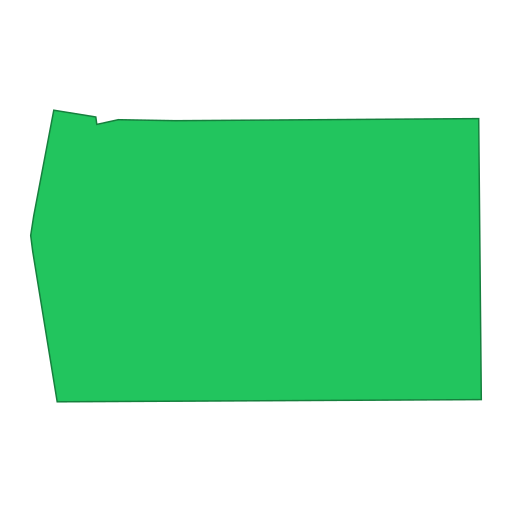 Riyadh, Nouakchott, Mauritania
{"feature_id": "47542326B18524078593640", "entity_name": "Riyadh", "entity_type": "district", "adm_level": 2, "iso_a3": "MRT", "parent_name": "Mauritania", "parent_adm1": "Nouakchott", "projection": "orthographic", "projection_center": [-15.955, 18.004], "detail": "fine", "context": "isolated", "style": "filled", "palette": "green", "viewbox_px": 512, "rotation_deg": 0, "n_neighbors": 0, "source": "geoboundaries", "source_scale": "gbopen_adm2", "svg_char_len": 268}
<svg xmlns="http://www.w3.org/2000/svg" viewBox="0 0 512 512"><path d="M53.8,110.2L33.7,216.0L30.7,235.5L32.7,251.3L57.2,401.8L481.3,399.6L478.7,118.6L175.4,120.7L118.3,119.7L96.8,124.4L95.8,117.0L53.8,110.2Z" fill="#22c55e" stroke="#15803d" stroke-width="1.5"/></svg>